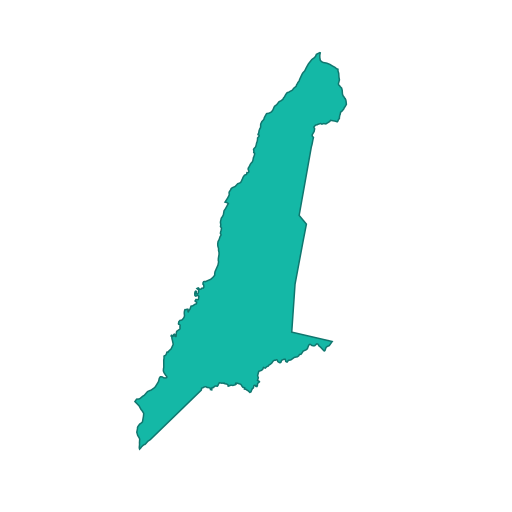 the district of Canas, Guanacaste, Costa Rica, rotated 11°
{"feature_id": "36466004B65281330352027", "entity_name": "Canas", "entity_type": "district", "adm_level": 2, "iso_a3": "CRI", "parent_name": "Costa Rica", "parent_adm1": "Guanacaste", "projection": "equal_earth", "projection_center": [-85.111, 10.45], "detail": "fine", "context": "isolated", "style": "filled", "palette": "teal", "viewbox_px": 512, "rotation_deg": 11, "n_neighbors": 0, "source": "geoboundaries", "source_scale": "gbopen_adm2", "svg_char_len": 6102}
<svg xmlns="http://www.w3.org/2000/svg" viewBox="0 0 512 512"><g transform="rotate(11 256 256)"><path d="M308.0,74.8L306.3,73.7L305.6,72.9L304.6,72.4L304.3,71.9L304.0,71.0L304.3,67.2L303.3,64.6L302.3,60.8L301.2,58.8L300.8,57.0L299.4,56.8L297.4,55.7L294.8,54.9L291.9,53.8L288.7,53.2L285.2,53.2L284.3,53.1L282.7,52.3L281.8,51.7L280.8,49.1L280.3,46.7L280.3,44.3L279.8,44.2L276.8,46.5L276.4,48.5L275.5,50.1L273.3,52.5L270.8,57.4L269.5,61.3L268.5,65.0L267.1,67.2L266.6,68.5L265.1,74.4L265.0,75.9L264.0,77.7L263.8,78.8L263.2,80.1L263.0,81.8L260.9,84.3L260.4,85.6L259.9,86.4L257.9,88.0L256.8,89.1L255.9,89.4L255.2,90.0L254.3,92.0L253.5,94.6L252.7,96.0L252.5,97.2L251.7,97.9L250.9,98.9L249.2,100.1L247.4,103.6L245.6,105.5L245.1,107.5L244.8,109.2L243.7,111.6L241.6,113.3L239.2,114.2L237.8,118.4L237.6,120.5L236.0,123.1L236.0,123.9L235.7,124.3L235.5,125.3L235.5,126.6L235.8,127.4L235.9,129.4L235.5,130.1L235.3,131.2L235.1,132.5L235.2,134.8L234.9,135.5L234.8,136.5L236.1,136.9L236.1,137.7L236.0,138.2L235.0,139.8L235.3,141.7L235.3,143.3L235.0,145.1L235.0,146.9L234.8,148.7L234.6,149.4L233.6,150.8L233.3,151.7L233.3,152.2L233.9,153.2L234.0,154.9L235.0,155.3L235.1,155.7L235.2,157.0L234.9,159.3L234.7,159.7L234.7,163.1L234.3,164.7L233.8,165.2L232.9,167.1L232.4,169.2L231.6,171.3L231.7,172.3L232.8,174.2L232.8,175.2L232.3,175.7L231.2,175.8L231.1,177.8L229.6,178.6L229.2,179.0L228.3,181.1L227.9,183.3L227.7,183.7L227.6,184.5L227.0,186.5L226.1,187.5L224.3,188.5L222.3,191.7L219.7,193.5L218.7,194.6L218.6,195.6L217.5,198.2L217.5,199.3L218.0,200.3L217.9,201.8L217.1,204.5L215.3,209.0L217.1,209.1L218.8,209.8L216.9,215.7L216.0,217.7L216.1,221.8L215.5,223.8L214.7,225.5L214.6,228.9L214.7,229.9L215.5,232.1L215.5,233.9L216.8,235.1L216.9,237.9L216.7,238.6L216.7,240.5L217.6,241.7L217.6,242.4L217.0,244.0L216.7,246.8L216.0,249.0L216.1,251.3L216.6,253.4L217.9,256.0L218.1,257.5L219.0,259.5L219.4,261.4L219.5,265.6L219.8,267.5L220.4,268.9L220.4,272.1L218.8,279.1L218.8,281.0L219.1,282.8L217.8,285.2L216.0,287.5L211.2,290.8L210.4,290.8L209.5,291.2L209.1,292.5L209.3,293.6L209.4,293.9L209.8,293.9L210.1,294.3L210.8,296.5L210.3,297.7L209.1,297.8L208.3,299.0L207.3,299.4L206.7,299.4L206.0,298.6L205.4,298.3L204.2,299.2L204.8,299.6L206.0,300.0L206.4,301.3L206.4,303.0L206.0,304.4L204.4,304.4L204.3,302.3L203.9,302.0L203.4,302.0L203.0,302.9L203.0,304.4L203.5,306.3L204.2,306.9L204.7,306.8L206.0,306.0L206.9,306.0L207.6,306.4L207.7,309.7L207.4,310.0L206.9,310.1L205.4,310.1L204.8,311.6L204.9,312.0L206.6,312.6L206.6,314.3L205.1,315.2L203.4,317.0L201.8,317.6L201.4,320.5L200.1,323.8L199.9,323.7L199.7,323.1L199.4,321.3L198.6,321.3L197.5,322.0L196.5,322.2L196.3,323.2L196.3,324.7L196.6,326.3L197.2,328.2L197.1,330.0L196.0,332.2L195.2,333.2L193.7,333.7L192.8,335.2L192.8,337.3L193.0,337.7L194.2,338.0L194.7,338.5L194.9,339.0L194.8,340.2L195.3,341.3L195.2,342.1L194.9,342.6L192.5,345.1L192.5,347.1L192.7,348.2L192.9,350.0L192.7,350.4L191.8,350.3L191.4,348.7L191.1,348.4L190.7,348.3L190.2,348.9L189.9,350.7L189.4,350.8L188.6,349.9L188.1,349.9L187.9,350.4L187.9,350.8L188.5,351.2L188.9,351.9L189.3,353.3L190.1,354.9L191.6,358.5L190.4,363.4L188.6,365.8L188.1,367.2L187.2,367.1L186.9,367.4L186.6,369.9L185.9,371.0L184.9,371.6L184.9,372.6L185.2,373.4L185.3,375.9L186.7,382.8L186.7,384.5L187.0,386.5L188.0,388.1L190.1,390.3L191.4,391.3L191.6,392.3L190.8,392.9L188.7,393.2L187.2,392.6L185.8,392.6L185.1,392.8L184.4,394.5L184.3,397.5L184.0,398.6L182.2,403.4L181.5,404.6L178.7,407.6L177.2,408.5L175.4,409.8L172.9,414.1L171.5,415.3L169.3,418.1L168.1,418.8L166.1,419.3L164.9,422.0L169.8,425.4L172.5,428.7L173.5,429.4L175.8,431.9L176.1,434.7L176.2,440.6L174.5,442.7L173.9,443.1L172.6,446.0L172.4,447.0L172.6,448.0L172.6,451.7L174.1,454.7L176.2,457.0L176.8,458.1L177.2,461.3L177.7,463.5L177.9,466.0L178.3,467.3L178.6,467.8L179.5,466.4L180.0,465.2L181.4,463.3L182.1,462.5L182.8,462.3L183.5,461.4L185.2,458.5L187.3,456.4L227.9,398.1L227.9,396.2L228.2,395.9L229.3,395.3L230.2,394.4L231.4,393.9L232.1,393.9L233.1,394.4L234.9,394.2L236.8,394.7L236.8,395.8L238.1,395.9L238.0,393.6L239.5,393.2L239.8,392.3L240.5,391.6L241.3,391.3L242.9,391.2L243.4,390.3L243.5,389.2L244.0,388.2L244.2,387.4L246.6,387.4L247.6,387.1L248.4,387.2L248.9,386.8L249.9,387.4L251.5,387.2L253.1,387.9L253.3,388.2L253.4,389.0L253.9,389.0L256.1,387.5L258.0,387.5L260.3,386.3L260.9,385.6L260.3,385.0L260.3,384.8L261.6,384.4L265.3,384.8L266.1,385.3L266.8,386.2L268.2,387.4L270.0,387.5L270.0,388.8L271.9,388.9L272.9,389.5L274.0,389.8L276.0,391.1L277.0,390.3L277.3,388.4L277.6,387.7L277.7,386.7L278.4,386.3L278.6,385.9L278.7,383.6L279.2,383.2L280.5,383.2L280.7,384.0L281.2,384.1L281.9,383.9L282.1,382.4L281.8,381.2L282.4,380.1L283.4,378.9L283.4,378.7L282.8,378.3L281.2,377.9L281.5,375.1L280.4,373.2L280.7,368.7L283.2,367.2L284.2,366.0L284.6,364.0L286.5,364.3L287.6,362.6L289.0,361.8L289.6,360.5L290.5,359.8L291.9,358.1L292.8,356.0L293.5,355.2L293.9,354.8L295.0,354.6L295.8,353.9L296.5,354.0L297.6,355.5L299.4,356.2L300.0,356.2L300.7,355.6L301.0,353.8L301.3,353.3L303.2,352.0L304.0,351.8L304.4,351.8L305.3,353.8L306.3,354.2L306.8,354.2L307.8,352.2L310.0,351.4L313.0,348.2L315.9,347.0L317.0,345.8L317.2,345.1L317.5,344.5L318.0,344.1L318.8,344.0L319.3,343.2L320.5,340.3L323.0,338.6L324.1,337.3L324.7,333.8L325.0,333.1L325.7,332.4L326.3,332.4L327.9,333.2L329.9,333.2L330.8,332.8L332.4,330.6L333.3,330.6L334.0,331.1L334.9,332.2L337.0,333.3L337.3,333.6L340.8,336.1L341.4,336.1L341.8,335.3L342.2,332.4L343.2,331.2L345.0,330.0L347.1,325.4L305.6,323.9L299.7,276.2L299.4,234.1L299.4,215.1L290.6,207.9L289.5,138.3L289.7,135.8L289.7,130.6L289.8,128.7L288.4,127.6L288.1,126.9L288.1,126.1L289.3,122.7L289.3,121.7L289.3,119.9L288.2,118.6L288.2,118.3L289.3,116.4L289.8,116.0L291.2,115.4L291.5,115.0L294.1,113.6L295.5,114.0L297.1,113.1L299.4,113.0L302.7,109.9L303.3,108.6L308.0,108.5L310.1,108.8L310.5,108.3L310.9,106.4L311.6,105.2L311.4,103.8L311.4,101.6L311.6,100.9L311.6,98.7L312.7,97.5L314.1,94.9L314.4,93.4L314.8,92.8L315.8,89.9L314.8,86.7L314.1,85.2L313.8,85.1L313.5,84.4L313.0,84.3L312.4,83.4L310.9,82.1L310.0,80.6L309.0,76.9L308.0,74.8Z" fill="#14b8a6" stroke="#0f766e" stroke-width="1.5"/></g></svg>